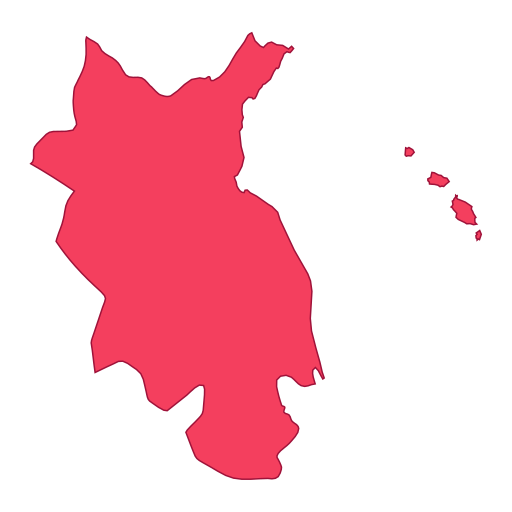 the State of Nayarit, rotated 180°
{"feature_id": "MEX-2721", "entity_name": "Nayarit", "entity_type": "State", "adm_level": 1, "iso_a3": "MEX", "parent_name": "Mexico", "parent_adm1": "", "projection": "robinson", "projection_center": [-105.251, 21.861], "detail": "fine", "context": "isolated", "style": "filled", "palette": "rose", "viewbox_px": 512, "rotation_deg": 180, "n_neighbors": 0, "source": "natural_earth", "source_scale": "10m", "svg_char_len": 5143}
<svg xmlns="http://www.w3.org/2000/svg" viewBox="0 0 512 512"><g transform="rotate(180 256 256)"><path d="M260.2,479.2L257.0,471.2L251.8,466.0L248.5,464.5L247.2,466.0L244.1,468.9L240.4,469.9L235.3,467.2L229.3,466.6L223.5,463.0L220.4,465.7L218.4,463.5L220.0,461.5L221.9,459.4L223.4,459.7L225.1,460.3L228.0,458.1L229.8,453.6L231.3,450.8L232.4,446.8L233.1,444.7L234.2,443.5L235.7,443.9L238.1,440.4L241.6,432.9L247.0,428.2L249.1,427.5L250.3,425.0L253.0,422.2L254.5,418.9L255.6,416.2L257.1,413.6L258.9,413.0L260.1,414.4L262.0,414.5L263.5,414.7L266.9,411.2L269.5,407.9L270.1,402.3L269.7,397.3L268.7,394.6L270.2,390.0L269.7,384.7L272.5,380.7L270.9,365.6L268.0,354.5L270.1,345.7L271.9,342.1L274.6,337.0L277.6,335.4L277.3,333.4L275.8,329.8L275.1,325.9L273.8,323.5L272.2,321.3L270.2,319.8L267.9,319.4L266.9,321.8L264.7,322.0L261.8,319.2L255.5,315.9L243.7,307.6L240.0,305.4L234.3,299.7L231.9,292.0L217.8,261.9L204.2,238.1L201.5,231.1L200.1,220.7L201.7,193.5L200.5,181.0L196.1,163.9L192.1,149.7L189.8,139.9L187.8,134.0L189.2,133.0L191.0,136.2L193.7,141.4L196.6,144.5L199.2,141.9L199.4,138.6L198.8,135.0L197.8,131.4L196.8,128.1L200.4,127.4L203.9,126.2L207.3,125.6L210.9,126.4L213.6,128.2L215.9,130.4L218.2,132.7L220.6,134.8L225.9,136.7L231.5,135.8L235.3,132.0L235.4,125.3L234.4,120.7L233.2,115.8L231.8,111.0L230.4,106.7L229.8,106.1L228.8,105.8L227.8,105.4L227.2,104.8L227.3,103.7L227.8,102.3L228.2,100.8L228.1,99.8L226.6,98.5L224.8,98.0L223.1,97.2L221.9,95.4L221.0,92.7L220.2,91.1L219.1,90.0L217.3,88.6L215.9,87.7L214.7,86.6L213.8,85.3L213.3,83.5L214.2,79.6L216.8,75.5L220.0,71.7L222.6,68.8L225.2,66.4L228.4,63.8L231.5,61.2L233.8,58.6L235.0,56.2L234.9,54.4L233.9,52.7L232.6,50.2L231.2,47.0L230.5,44.9L230.7,42.6L231.8,39.0L233.8,35.4L236.6,33.7L240.1,33.2L244.2,33.6L252.6,33.3L261.5,32.8L270.2,32.8L278.5,33.9L286.3,36.6L294.2,40.8L302.0,45.4L309.3,49.5L312.8,51.6L315.1,53.5L316.8,55.9L318.4,59.7L320.4,64.7L322.3,69.7L324.2,74.7L326.1,79.7L324.7,82.0L321.0,86.0L316.9,90.0L314.6,92.4L311.5,95.7L309.7,98.4L308.8,101.6L308.4,106.4L308.0,111.0L307.5,117.1L307.4,122.8L308.4,126.5L312.7,126.9L317.3,124.1L321.7,120.2L325.2,116.9L330.1,113.0L335.0,109.1L339.9,105.2L344.8,101.3L348.2,101.8L353.5,104.7L358.8,108.4L362.3,110.9L363.7,112.6L364.6,114.9L365.2,117.5L365.7,119.9L367.2,126.5L368.7,132.8L371.2,138.3L375.5,142.5L379.6,145.3L384.3,148.6L389.2,150.8L393.6,150.6L399.4,147.8L405.3,145.1L411.1,142.3L416.9,139.5L417.9,146.9L418.8,154.4L419.7,161.8L420.8,169.1L420.4,171.7L419.6,174.3L418.7,176.9L417.8,179.5L415.7,185.8L413.6,192.0L411.5,198.3L409.4,204.6L407.4,209.9L406.5,213.5L407.5,216.4L410.9,220.2L417.5,226.3L424.0,232.5L430.3,238.9L436.5,245.6L441.7,251.6L446.6,257.7L451.3,264.0L455.9,270.6L455.2,273.2L453.4,278.6L451.3,284.2L450.0,287.8L449.2,290.8L448.4,293.8L447.8,296.8L447.3,300.0L446.1,306.2L444.1,311.3L441.2,316.0L437.6,320.9L448.4,328.1L459.3,335.1L470.2,341.8L480.1,347.6L481.3,348.3L479.3,350.2L478.4,353.6L478.4,361.7L477.4,365.0L475.1,368.1L465.7,377.7L462.5,379.7L458.7,380.5L445.9,380.7L440.1,381.7L439.1,381.8L436.9,385.0L435.4,387.3L435.8,390.7L437.1,395.3L437.8,398.6L438.3,402.3L438.6,406.1L438.8,409.6L438.8,410.3L438.8,411.1L438.8,411.8L438.7,412.6L438.4,416.6L438.1,420.7L437.4,424.7L435.7,428.2L434.8,429.9L434.0,431.7L433.1,433.5L432.2,435.2L429.7,440.6L427.8,445.7L426.6,451.2L425.9,457.5L425.9,460.5L425.9,463.6L426.0,466.6L426.1,469.6L426.2,471.0L426.1,472.3L425.8,473.6L425.5,474.9L422.1,472.6L418.0,470.4L414.4,468.0L412.4,465.2L410.3,461.3L407.0,458.4L403.3,456.1L399.7,454.1L396.4,451.6L393.8,449.0L391.7,446.0L389.6,442.1L386.4,437.2L383.0,435.1L378.9,434.6L374.0,434.7L370.3,434.1L367.3,432.1L364.6,429.3L362.0,426.3L360.5,425.1L359.2,423.7L357.9,422.4L356.6,421.0L354.3,418.9L352.7,417.6L350.8,416.8L347.7,415.9L346.1,415.6L344.5,415.5L342.9,415.7L341.3,416.1L334.3,421.2L327.6,427.4L320.4,432.5L312.2,434.1L310.7,433.8L309.0,433.5L307.3,433.3L305.9,433.7L305.1,434.3L304.3,434.9L303.5,435.3L302.5,435.2L301.9,434.2L301.6,432.6L300.7,431.4L298.5,431.5L292.4,435.0L287.2,440.2L282.9,446.5L279.2,453.1L275.6,459.1L271.4,464.7L267.4,470.4L264.1,476.6L262.3,478.2L260.2,479.2ZM59.6,306.2L59.0,307.7L59.4,309.6L59.7,310.9L58.4,311.6L58.2,312.7L57.4,313.8L56.4,315.0L56.3,316.7L55.6,316.1L54.8,316.3L54.9,315.2L55.5,314.1L54.3,312.8L53.1,312.5L46.7,309.9L40.1,305.4L40.3,304.7L40.6,303.9L40.5,302.4L39.4,300.7L38.4,298.2L36.8,295.7L36.1,294.5L37.2,293.7L37.2,291.8L37.0,289.6L35.3,287.9L38.4,287.3L41.9,288.4L45.3,288.2L47.3,289.5L53.8,292.6L56.0,294.7L55.7,296.4L55.2,298.7L57.3,301.1L58.6,302.4L59.4,303.9L60.2,304.6L60.9,305.0L59.6,306.2ZM77.4,327.6L80.4,327.8L82.5,328.0L82.7,329.9L84.1,331.3L84.2,333.1L81.2,334.6L80.6,337.6L80.1,339.6L77.6,339.2L73.3,336.9L70.9,336.6L68.3,334.4L65.1,333.8L62.8,330.4L66.2,327.6L68.3,325.5L70.1,325.9L72.0,325.3L74.0,326.8L77.4,327.6ZM106.9,357.1L106.6,360.9L106.3,364.2L104.8,363.5L103.1,364.5L99.3,362.3L97.8,359.7L101.0,356.1L104.0,356.3L105.6,355.8L106.3,356.3L106.9,357.1ZM34.9,271.9L35.0,273.4L35.8,273.9L36.1,276.3L34.9,277.7L35.8,279.0L32.3,281.5L30.7,277.7L31.6,275.0L32.5,272.4L33.6,273.0L34.9,271.9Z" fill="#f43f5e" stroke="#9f1239" stroke-width="1.5"/></g></svg>